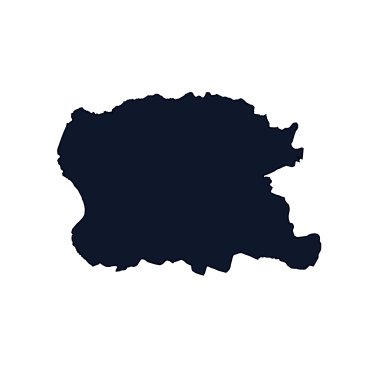 outline of Ganzourgou, Ganzourgou, Burkina Faso, rotated 111°
{"feature_id": "67063806B50041184778807", "entity_name": "Ganzourgou", "entity_type": "district", "adm_level": 2, "iso_a3": "BFA", "parent_name": "Burkina Faso", "parent_adm1": "Ganzourgou", "projection": "robinson", "projection_center": [-0.77, 12.29], "detail": "fine", "context": "isolated", "style": "filled", "palette": "ink", "viewbox_px": 384, "rotation_deg": 111, "n_neighbors": 0, "source": "geoboundaries", "source_scale": "gbopen_adm2", "svg_char_len": 6033}
<svg xmlns="http://www.w3.org/2000/svg" viewBox="0 0 384 384"><g transform="rotate(111 192 192)"><path d="M231.0,106.7L229.8,106.8L229.1,105.7L228.3,105.8L227.4,104.2L227.1,102.6L226.2,102.3L225.8,98.8L224.5,95.9L224.8,94.1L224.8,93.4L223.7,91.8L223.5,90.8L224.1,89.9L222.8,87.4L222.7,86.5L224.1,85.0L223.8,80.0L224.2,78.7L226.0,76.0L227.0,72.1L226.3,69.1L225.5,67.3L225.5,65.8L224.9,63.1L223.9,60.8L223.9,60.1L222.9,58.7L219.7,57.1L218.1,56.6L217.4,54.3L217.6,53.6L217.5,52.6L215.5,52.1L208.6,51.1L207.5,51.2L205.2,52.2L200.6,51.5L198.4,51.9L194.1,53.5L192.6,55.7L189.8,56.4L188.5,57.1L187.6,57.9L186.8,59.8L187.2,62.3L188.4,64.7L190.1,67.0L192.0,68.3L192.8,69.2L197.1,77.4L197.3,78.4L196.8,79.2L197.8,80.0L194.2,83.2L192.2,84.7L190.6,84.9L188.7,84.8L187.4,85.3L186.0,87.0L186.0,88.0L186.4,89.5L185.6,90.5L182.8,92.6L179.8,94.0L175.1,94.8L172.9,95.4L170.5,96.9L169.7,97.6L169.2,98.4L168.2,101.0L166.8,102.4L164.5,104.0L164.8,106.3L164.6,109.8L165.0,111.8L164.7,118.1L163.9,119.0L162.9,119.3L159.2,119.0L158.7,121.1L158.1,122.1L157.4,122.6L156.2,122.6L154.2,121.7L153.3,122.0L152.4,123.8L151.1,125.0L151.8,128.2L152.3,128.9L153.4,129.8L152.1,131.1L151.2,131.5L149.9,130.5L148.1,128.2L146.1,126.2L142.6,122.8L140.3,121.3L137.9,118.6L136.4,117.3L133.0,113.7L132.4,108.2L132.1,107.4L130.6,106.0L126.6,106.9L125.6,106.5L125.2,106.2L125.0,103.2L124.3,103.9L122.8,103.7L122.4,104.9L121.4,105.8L121.4,101.3L111.8,104.0L111.8,105.4L114.3,108.3L115.3,110.7L115.4,112.0L115.1,113.4L114.5,114.8L113.4,116.2L112.2,116.9L110.7,117.3L109.2,116.8L102.5,117.4L99.1,117.4L98.3,117.7L95.7,116.8L93.9,116.7L93.0,117.2L92.0,117.3L90.9,118.4L90.4,119.5L91.7,121.7L93.0,122.4L94.4,122.5L94.6,122.8L96.9,123.5L98.4,125.0L99.3,127.5L102.0,129.4L102.5,130.4L102.2,134.3L101.3,135.3L102.1,136.2L104.1,141.5L103.9,143.3L103.1,144.0L100.5,144.9L97.0,148.7L93.8,150.8L95.7,152.4L96.1,154.3L96.8,154.4L96.8,155.2L96.2,156.9L97.2,160.5L97.2,162.0L96.7,163.1L95.0,163.3L93.7,164.1L91.1,164.5L90.2,165.3L89.9,167.3L90.2,169.2L89.6,173.4L89.2,174.6L88.5,175.7L87.6,178.9L87.9,180.2L89.8,181.8L90.1,182.9L90.7,184.1L91.4,184.9L91.7,185.8L91.9,187.3L91.3,189.0L91.4,191.0L91.8,191.7L91.7,192.1L91.6,194.2L91.8,195.2L92.4,195.9L92.9,197.6L92.3,203.7L93.6,204.9L95.4,208.3L94.9,209.3L93.6,211.0L93.6,212.2L94.1,213.6L94.5,213.9L96.6,213.7L99.8,214.3L100.2,214.7L100.8,216.2L100.7,217.1L100.1,218.6L100.2,219.9L102.4,221.9L102.5,223.0L102.2,224.3L99.8,227.2L99.6,227.9L99.9,228.9L100.5,229.9L103.1,232.1L103.1,232.6L104.6,233.1L106.5,234.4L110.5,237.7L110.6,238.3L112.2,240.6L111.9,243.4L112.6,244.3L112.7,245.6L113.3,246.0L114.1,246.0L114.1,247.8L115.1,249.5L114.8,251.4L115.1,251.8L113.8,254.7L113.9,255.7L113.3,258.7L113.8,260.5L117.0,263.4L117.0,264.3L117.2,265.2L118.0,266.2L118.0,267.2L119.8,268.5L121.4,269.3L121.4,269.7L122.8,270.6L123.4,272.3L124.5,273.7L124.2,274.8L124.5,275.4L125.1,275.5L125.2,276.7L126.7,277.9L127.2,278.6L127.2,281.0L127.8,281.2L128.2,281.0L128.4,281.9L128.2,282.9L129.4,284.3L129.8,285.1L131.4,285.8L132.3,287.3L132.5,286.9L134.1,288.0L136.6,289.1L137.4,290.1L137.9,290.1L138.6,291.1L139.2,292.9L140.3,293.7L141.1,293.7L142.0,294.7L143.1,294.9L143.7,295.5L145.4,295.1L145.9,295.3L146.7,295.0L146.9,296.7L148.0,298.1L147.9,299.5L148.4,299.9L148.4,300.7L148.0,301.3L148.7,302.4L149.8,301.9L151.1,303.6L151.3,303.4L152.0,303.7L151.9,304.8L153.0,305.9L153.8,307.1L153.4,308.0L153.6,308.9L154.0,309.4L154.7,309.8L155.1,310.8L153.7,311.5L153.2,312.3L154.3,313.2L154.8,313.2L155.4,314.0L155.0,314.8L154.9,316.1L154.4,316.8L154.7,317.6L154.2,318.3L154.6,318.8L154.6,319.4L154.3,322.6L153.1,324.6L153.3,325.4L154.1,326.6L155.5,327.5L157.8,330.1L159.4,330.8L160.0,330.3L160.5,330.2L160.6,330.7L161.5,331.1L161.6,331.6L162.2,331.6L162.2,332.0L164.6,331.3L164.9,330.9L165.5,330.8L166.1,329.8L165.9,329.3L166.5,329.5L167.3,329.0L168.3,329.0L168.9,329.1L170.7,330.6L172.7,331.3L173.0,331.9L172.8,332.3L172.9,332.9L174.7,332.5L177.5,332.4L181.3,332.7L187.6,332.7L199.5,332.4L200.6,332.1L201.2,332.2L201.9,331.9L202.0,331.7L204.3,330.7L204.6,329.0L205.7,327.2L208.0,327.4L209.2,328.3L210.7,328.4L212.1,326.7L212.8,326.6L213.3,326.2L213.5,325.8L213.4,324.8L214.1,324.4L214.2,324.0L217.1,322.3L218.0,319.2L218.7,319.2L220.3,318.5L220.9,319.2L221.4,319.0L221.2,318.4L221.5,317.6L222.1,318.3L222.4,318.3L222.3,317.1L222.8,316.9L222.7,316.0L223.1,314.8L223.4,314.4L223.3,312.7L224.1,311.4L224.0,310.7L224.2,309.5L225.2,307.3L226.2,305.8L228.3,303.3L230.5,298.9L233.7,295.3L235.1,293.5L236.6,292.2L238.1,291.3L239.4,289.7L242.5,287.4L246.2,285.2L251.5,283.7L254.2,284.0L257.5,285.0L260.7,286.3L262.6,287.4L269.3,289.8L272.7,289.6L274.0,287.7L274.8,287.5L275.7,287.9L276.3,287.8L278.5,287.1L279.3,286.5L279.7,286.6L280.4,285.6L281.6,284.7L283.6,284.2L284.1,283.0L283.9,282.1L284.3,282.1L285.4,280.3L285.8,280.1L287.2,278.4L287.6,278.5L288.5,277.0L288.8,277.1L289.0,275.8L290.2,274.4L290.1,272.5L291.4,271.7L291.9,269.8L292.6,268.7L292.5,267.9L292.7,267.7L293.1,265.8L293.7,265.5L294.0,264.5L295.1,262.7L295.5,260.7L295.9,259.9L295.9,258.5L296.4,258.1L292.2,253.4L291.2,253.7L290.8,253.5L290.7,252.6L291.6,249.0L292.0,245.8L291.0,242.5L289.8,241.1L288.4,238.5L287.6,235.7L288.0,234.2L288.5,234.1L292.1,234.5L292.8,234.3L291.1,231.2L290.5,231.0L288.8,227.8L287.8,226.5L286.7,226.1L285.3,226.1L284.3,224.3L282.6,222.4L282.3,220.0L281.3,218.7L279.8,217.5L272.7,215.9L271.9,214.4L271.7,213.3L271.6,211.8L272.6,208.1L272.6,206.6L272.0,200.0L271.2,196.0L269.9,194.5L269.2,194.1L267.8,193.3L265.9,192.8L265.8,192.4L264.2,191.2L263.8,190.7L264.1,189.9L263.8,188.2L264.3,186.8L264.7,184.6L263.7,184.1L262.6,182.9L261.4,181.3L258.8,178.5L258.2,177.3L258.8,174.4L260.1,170.8L260.4,166.0L264.2,163.9L265.0,163.0L265.7,159.5L265.5,154.0L265.2,151.7L264.4,151.9L263.2,151.5L257.1,152.0L255.4,151.8L255.1,150.0L255.3,147.6L255.1,143.9L255.3,139.0L254.6,131.8L253.8,131.0L250.2,129.8L248.9,129.8L245.4,130.4L238.0,131.3L236.1,131.1L235.5,130.9L232.1,126.9L230.9,125.0L230.6,123.8L230.5,114.2L230.9,110.8L231.0,106.7Z" fill="#0f172a" stroke="#020617" stroke-width="1.5"/></g></svg>